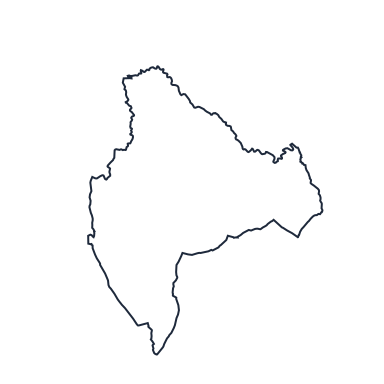 the district of Tibasosa, Boyacá, Colombia, rotated 335°
{"feature_id": "7082276B75151573988065", "entity_name": "Tibasosa", "entity_type": "district", "adm_level": 2, "iso_a3": "COL", "parent_name": "Colombia", "parent_adm1": "Boyacá", "projection": "natural_earth1", "projection_center": [-72.995, 5.748], "detail": "fine", "context": "isolated", "style": "outline", "palette": "slate", "viewbox_px": 384, "rotation_deg": 335, "n_neighbors": 0, "source": "geoboundaries", "source_scale": "gbopen_adm2", "svg_char_len": 5967}
<svg xmlns="http://www.w3.org/2000/svg" viewBox="0 0 384 384"><g transform="rotate(335 192 192)"><path d="M108.0,136.2L104.9,139.1L103.8,140.6L101.2,148.7L98.6,151.0L96.9,153.6L96.4,157.1L94.6,160.2L93.3,161.3L92.6,162.5L91.5,168.2L91.4,170.8L90.8,174.0L90.1,175.6L88.5,177.8L87.7,179.8L86.4,182.3L86.9,184.0L87.0,186.5L86.5,186.5L86.1,188.0L84.6,190.6L83.8,191.2L83.7,191.3L83.3,190.6L82.8,188.7L81.8,187.7L79.4,187.8L76.2,195.0L78.0,196.4L78.9,196.6L78.9,196.9L78.7,197.3L79.3,198.4L78.2,201.0L77.7,207.7L77.7,211.9L78.4,217.2L78.4,218.2L77.9,219.2L78.8,229.1L78.6,234.8L78.5,236.7L77.0,241.0L76.9,243.2L77.6,245.3L78.7,251.4L79.3,258.0L79.8,260.4L80.8,264.7L82.2,268.9L85.1,281.9L86.1,288.7L86.6,290.1L87.5,290.5L96.5,292.1L96.0,295.1L95.5,295.6L95.5,295.9L97.2,299.8L97.1,300.6L95.5,302.7L94.5,305.5L93.2,307.7L92.4,308.2L93.0,310.8L93.3,313.6L91.7,314.1L91.4,314.4L90.9,317.6L89.9,318.5L89.8,319.3L89.7,322.1L90.3,323.3L91.1,324.2L91.6,324.1L91.9,324.4L99.9,320.5L100.8,319.9L102.6,318.0L107.0,314.5L108.1,313.8L109.8,313.1L111.0,312.1L113.7,311.0L118.0,307.6L120.2,305.5L124.7,299.7L127.5,297.2L130.2,293.6L131.8,288.8L132.5,282.2L133.1,281.2L132.9,280.7L130.9,278.0L131.0,277.4L131.7,276.4L131.8,275.3L132.2,274.5L134.1,271.3L135.6,269.8L136.1,267.7L136.7,266.6L140.0,265.3L142.4,263.5L142.7,262.8L142.7,260.9L143.8,257.8L147.1,251.6L150.5,249.4L155.3,245.4L157.6,243.2L162.1,246.9L165.4,249.0L171.0,249.8L172.8,250.2L174.0,250.9L181.9,252.7L185.0,252.6L186.0,253.7L192.6,253.4L194.5,252.4L195.6,252.3L202.8,250.0L206.0,246.8L210.3,250.4L210.6,251.2L211.8,251.4L214.1,252.5L214.1,251.9L217.8,251.6L221.1,250.7L227.4,250.4L229.3,251.9L233.3,252.1L234.6,252.4L236.0,253.0L238.1,254.6L238.8,254.6L241.1,254.1L244.3,253.9L245.6,253.7L247.1,253.0L250.8,252.2L252.6,252.2L254.2,251.7L258.5,262.0L259.4,263.0L261.9,267.0L265.3,271.6L268.6,277.3L268.8,277.1L269.2,277.5L270.6,276.1L270.9,276.2L273.1,273.8L275.8,271.9L278.3,270.9L284.3,268.1L285.7,267.7L288.2,266.4L291.1,265.3L292.8,265.0L293.9,265.1L295.4,265.7L297.3,265.3L298.7,266.2L301.1,264.8L301.3,265.0L302.3,264.1L302.6,263.1L302.5,261.6L304.6,257.7L304.8,256.9L304.5,254.8L304.6,253.8L305.5,252.8L306.2,251.2L306.5,249.0L306.0,247.2L307.5,245.0L307.8,243.9L307.5,242.4L305.2,237.7L303.7,235.2L303.3,234.1L303.6,233.4L304.6,232.1L304.9,231.2L304.5,229.5L304.9,228.8L305.2,225.9L305.5,224.3L305.0,220.5L305.3,218.2L306.2,215.6L304.9,214.7L304.8,213.6L304.1,213.0L304.5,212.5L304.4,212.3L303.7,211.7L303.7,211.0L303.4,210.9L303.0,210.3L303.6,209.6L304.0,208.1L304.6,207.8L305.1,206.8L305.9,206.8L305.9,206.3L305.7,205.9L306.3,205.3L306.6,204.9L306.4,203.7L306.6,201.8L306.3,201.7L306.5,200.5L306.8,197.7L306.7,196.5L305.7,196.1L305.4,195.8L303.1,190.5L301.6,190.7L301.1,190.8L301.0,191.3L301.6,192.8L302.0,195.1L301.8,196.1L301.3,196.5L300.6,196.7L299.4,196.1L297.7,193.6L296.9,192.6L295.2,192.1L293.0,192.2L292.2,192.4L291.9,192.9L293.3,194.6L293.6,195.3L293.5,195.7L292.9,196.1L290.4,196.0L288.1,196.5L287.8,197.1L288.1,198.7L287.7,199.7L287.2,199.8L285.9,198.8L284.2,198.1L283.4,198.9L282.9,200.3L282.6,200.4L281.4,200.3L280.4,200.8L279.3,200.6L278.5,199.4L278.6,198.7L280.8,196.8L281.5,195.3L280.8,192.8L276.8,187.4L276.0,187.0L275.2,187.8L274.2,188.1L271.6,187.4L271.2,186.9L270.8,185.8L270.2,182.6L269.4,181.6L268.8,181.4L266.3,182.1L265.4,181.7L265.2,178.5L264.8,178.1L262.9,179.1L260.6,179.7L259.9,179.6L259.4,178.9L258.5,176.1L257.8,175.4L256.8,175.3L256.4,174.8L256.3,173.9L256.8,172.2L256.9,168.2L256.0,165.6L255.2,164.0L254.3,163.1L254.1,162.1L254.5,161.0L255.7,160.2L256.0,159.6L255.7,157.8L255.0,156.1L254.9,154.6L253.9,152.5L254.7,149.6L254.7,148.9L253.7,147.8L252.3,147.1L251.3,145.7L251.3,145.1L251.9,144.0L251.6,144.0L251.8,143.0L250.6,142.0L250.0,141.1L249.5,138.1L248.4,135.6L248.3,133.4L247.2,131.2L246.1,130.5L246.2,130.2L244.7,129.7L244.0,129.8L242.8,130.4L242.0,130.1L241.5,128.3L239.4,125.6L238.4,123.8L237.7,121.9L234.7,118.1L233.5,117.3L231.2,117.1L230.5,117.0L229.7,116.3L229.4,112.9L228.2,110.1L228.6,108.8L228.4,106.4L227.1,100.6L225.6,99.6L223.3,99.7L222.8,98.6L222.9,94.7L223.9,91.6L223.8,90.2L223.2,89.2L222.1,88.1L219.6,86.7L219.1,85.9L219.0,85.3L219.4,84.4L220.7,83.2L221.1,81.7L221.2,80.1L220.9,79.1L220.4,78.4L218.7,77.9L218.2,77.4L218.6,75.9L219.5,75.0L219.4,74.2L216.6,71.9L216.4,71.3L216.6,70.7L217.8,69.3L218.0,68.9L217.9,68.5L217.5,68.3L216.1,68.3L215.3,67.7L214.9,67.0L214.6,64.5L214.2,63.7L213.8,63.5L213.3,63.8L212.7,64.6L212.2,65.0L211.5,65.1L210.4,64.2L209.4,62.5L208.6,62.2L207.2,62.0L205.7,62.3L204.9,63.3L204.4,63.4L203.4,62.4L202.8,62.1L199.9,63.2L199.3,63.0L198.0,60.8L197.2,60.0L196.7,60.6L196.4,62.7L196.1,63.1L195.5,63.0L194.4,62.3L194.0,62.3L192.4,63.4L191.5,63.3L190.1,62.3L186.8,61.5L185.3,60.9L184.2,59.8L182.9,59.6L182.9,60.4L183.4,61.1L185.7,62.2L185.2,63.5L183.9,62.6L178.1,60.1L175.5,63.7L175.8,68.4L174.4,70.0L174.2,70.4L174.9,71.7L174.9,72.4L174.5,73.8L173.3,75.8L173.1,76.9L173.0,78.2L173.4,81.1L173.2,81.6L171.9,82.4L169.9,82.5L169.8,83.1L170.6,83.7L171.6,87.3L172.8,88.4L172.7,90.2L172.3,90.6L170.7,91.1L170.2,92.0L170.4,92.8L171.2,94.1L172.0,97.7L171.8,98.2L171.3,98.4L169.5,98.3L168.4,98.9L168.2,99.4L168.4,101.0L167.7,101.8L165.9,102.7L165.6,103.2L165.3,104.2L163.7,106.5L163.4,107.9L164.3,109.2L164.1,109.6L162.7,110.6L162.8,112.2L161.7,113.0L160.6,113.3L160.4,113.7L160.5,114.1L161.7,115.2L162.0,115.8L162.1,116.3L161.7,117.3L161.2,118.0L160.3,119.0L158.2,120.4L157.2,121.4L156.6,121.8L154.6,121.0L154.1,121.1L153.6,123.0L153.2,123.4L151.7,123.7L150.1,125.7L149.6,125.9L148.2,125.0L147.0,124.8L146.1,123.6L145.6,123.3L144.1,123.2L141.4,121.2L140.4,121.1L139.5,121.5L136.0,128.2L135.0,128.7L133.9,129.7L130.7,130.8L126.9,132.4L126.3,133.0L126.3,133.6L127.5,135.6L127.6,136.2L125.6,138.9L125.4,139.7L125.3,141.4L124.7,142.7L121.2,143.6L120.2,144.4L119.5,144.5L119.1,144.0L118.7,143.3L118.8,139.7L118.3,139.2L117.7,138.9L115.7,138.9L111.7,139.5L110.8,139.2L109.9,138.5L108.0,136.2Z" fill="none" stroke="#1e293b" stroke-width="2"/></g></svg>